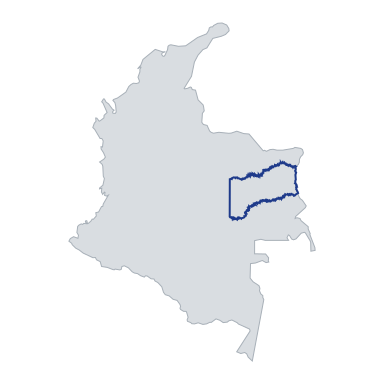 location of Cumaribo, Vichada, Colombia
{"feature_id": "7082276B31805828490385", "entity_name": "Cumaribo", "entity_type": "district", "adm_level": 2, "iso_a3": "COL", "parent_name": "Colombia", "parent_adm1": "Vichada", "projection": "orthographic", "projection_center": [-69.558, 4.15], "detail": "fine", "context": "in_parent", "style": "outline", "palette": "blue", "viewbox_px": 384, "rotation_deg": 0, "n_neighbors": 0, "source": "geoboundaries", "source_scale": "gbopen_adm2", "svg_char_len": 9576}
<svg xmlns="http://www.w3.org/2000/svg" viewBox="0 0 384 384"><path d="M225.5,34.5L221.2,36.3L212.8,38.4L206.9,47.9L202.9,49.6L198.0,55.2L194.4,62.1L191.5,76.3L184.1,88.3L184.7,88.9L187.6,88.3L190.3,87.0L191.3,87.4L192.3,89.6L195.5,90.1L198.1,99.9L203.1,104.9L203.6,106.8L204.2,110.9L202.4,113.3L201.8,122.3L203.4,124.5L207.1,125.4L209.6,131.0L211.1,132.3L213.4,133.2L218.9,132.3L228.8,133.3L231.2,133.1L236.8,131.2L243.8,133.6L249.0,134.0L263.2,150.8L264.6,150.3L266.4,151.3L270.0,149.6L273.1,149.3L277.2,150.2L282.5,150.2L293.3,148.4L294.9,147.4L300.8,148.4L302.5,149.6L303.4,152.8L302.7,154.7L300.7,156.7L299.5,159.2L299.3,162.3L298.3,164.5L296.4,166.0L295.7,168.2L296.1,171.0L295.1,183.7L295.9,184.7L296.6,190.0L299.0,196.7L300.2,198.7L302.4,200.3L306.2,205.9L305.3,207.7L295.6,216.5L295.1,218.5L296.9,217.7L300.0,218.5L301.0,220.6L308.2,226.7L308.2,229.0L310.2,233.6L309.9,234.6L314.9,247.7L315.1,250.4L310.9,251.2L310.7,242.4L310.1,240.7L305.4,232.9L304.4,232.3L301.2,233.2L296.0,238.9L293.5,239.8L291.6,239.0L289.6,235.6L288.3,234.9L287.0,237.8L288.6,240.4L265.4,240.4L260.9,239.3L254.6,240.6L254.6,253.8L265.6,254.0L268.6,257.8L268.3,260.9L268.8,262.0L266.1,262.6L262.3,260.5L255.5,263.0L250.5,263.6L250.1,278.1L253.1,281.8L259.0,285.7L259.9,288.3L259.5,290.8L260.8,293.9L262.8,295.6L262.8,297.5L263.8,299.6L252.3,361.0L248.2,357.2L246.7,353.8L244.7,352.5L240.8,353.5L236.7,351.8L250.1,331.0L249.6,329.1L238.4,324.0L237.2,322.7L231.9,320.0L228.9,320.8L227.3,322.1L223.2,322.6L219.9,320.3L216.0,318.9L211.3,322.4L209.8,322.3L206.5,323.9L202.9,324.4L198.2,322.8L194.5,323.9L191.8,323.7L190.8,322.6L187.5,321.3L187.1,319.9L188.1,317.3L186.6,312.2L186.1,311.4L183.5,311.3L180.5,309.4L180.0,308.3L180.6,306.3L180.0,304.5L177.1,300.4L173.1,299.3L169.2,295.9L165.3,294.7L163.5,292.3L161.8,286.8L157.8,282.5L155.0,281.0L154.0,279.0L151.1,278.8L147.2,276.0L145.5,275.8L144.3,277.1L140.6,275.7L137.5,273.6L134.3,273.0L132.2,271.8L128.4,267.8L124.3,265.8L121.9,266.5L121.2,269.4L119.8,269.9L115.1,269.1L114.3,269.8L113.0,269.6L107.3,267.4L101.6,266.5L100.2,261.6L96.5,259.8L95.4,257.5L92.9,257.7L83.2,253.1L79.2,250.0L75.8,248.2L72.2,244.7L71.7,243.3L68.9,241.2L70.3,238.6L73.6,236.7L77.9,238.3L78.5,235.2L76.9,232.5L77.7,226.4L78.9,225.1L81.2,223.9L82.7,224.4L83.7,223.4L87.2,223.8L88.3,223.4L91.0,221.0L92.2,219.1L93.4,219.3L96.3,216.0L95.8,212.7L98.6,212.0L101.5,206.6L102.7,206.5L103.3,203.9L108.4,195.1L106.6,196.1L104.6,195.4L105.0,192.4L104.4,192.1L102.7,194.4L101.4,192.0L101.8,188.2L99.5,188.9L99.6,188.0L102.9,185.2L104.4,178.6L103.3,176.2L102.8,166.3L102.2,164.4L99.6,162.0L103.8,159.2L105.4,157.1L103.5,152.7L101.1,149.0L101.0,146.7L102.5,147.0L103.2,140.9L101.8,138.5L100.1,138.5L94.7,129.4L92.8,127.5L94.3,123.2L96.0,121.3L95.7,118.0L96.8,118.1L99.2,121.2L100.2,120.7L103.9,117.9L104.1,115.3L107.1,112.5L103.1,103.3L101.7,101.8L103.5,98.9L104.4,99.0L106.0,102.0L108.6,103.9L112.4,109.1L114.1,110.2L112.8,111.4L112.6,112.6L113.1,113.3L115.3,113.4L116.2,112.0L115.7,105.8L114.9,102.6L112.9,100.4L113.5,99.5L117.5,98.0L125.9,92.1L128.8,86.5L131.0,84.5L133.4,83.2L136.4,83.5L138.8,82.8L139.5,81.1L138.0,77.2L139.9,71.9L139.9,69.2L141.0,67.6L140.7,66.9L137.6,68.8L140.8,65.1L143.0,59.4L155.2,49.4L162.9,51.9L165.4,51.7L162.1,53.0L161.6,54.4L162.7,56.0L163.9,56.4L164.9,55.4L167.6,49.6L168.0,46.3L169.2,45.2L170.9,44.8L178.5,46.3L185.7,45.8L197.6,37.5L206.5,33.9L208.7,30.5L209.3,27.9L210.9,26.9L212.6,26.9L213.6,25.5L217.7,23.3L222.1,23.0L226.7,25.0L228.8,28.5L229.1,30.8L225.5,34.5ZM87.3,222.8L86.8,223.2L85.7,222.4L85.4,221.4L86.0,220.6L86.9,220.9L87.3,222.8Z" fill="#d9dde1" stroke="#a8b0b8" stroke-width="1"/><path d="M247.6,176.1L247.4,176.1L247.3,176.7L246.9,176.9L246.9,177.2L246.4,177.1L245.9,177.7L245.7,177.7L245.5,178.0L245.3,177.8L245.0,178.0L245.0,178.4L244.7,178.5L244.6,178.8L244.1,178.8L243.9,178.6L243.1,178.4L242.9,178.9L242.6,178.9L242.7,179.3L242.0,179.6L241.7,179.2L241.4,179.5L241.1,179.2L240.3,179.1L239.1,178.4L237.7,178.3L237.6,177.6L237.3,177.4L236.9,177.6L236.1,177.4L235.4,178.1L234.8,177.5L233.4,177.4L232.6,178.0L232.2,178.0L231.9,178.2L232.0,178.7L231.8,179.1L231.1,178.8L229.8,179.2L229.7,216.7L230.1,217.3L230.7,217.5L231.0,217.3L231.5,217.8L232.2,217.6L232.3,218.1L232.0,218.4L232.3,218.7L232.6,218.7L232.8,218.1L232.5,217.6L232.5,217.3L233.1,217.4L233.3,218.2L233.6,218.6L233.9,218.4L233.6,217.7L233.8,217.5L234.2,217.9L233.9,218.9L234.9,218.2L235.4,218.5L235.3,218.9L235.0,219.1L236.2,219.0L236.9,218.5L236.9,219.4L237.2,219.7L237.7,218.9L238.2,218.8L238.6,218.4L238.6,218.0L238.1,217.5L238.2,217.3L238.7,217.4L238.7,218.2L239.0,218.6L239.3,218.4L239.4,217.7L239.6,217.6L241.3,218.7L241.5,218.2L243.2,217.8L244.3,217.3L244.5,216.9L244.4,216.1L245.0,216.1L245.9,215.7L245.8,214.5L245.4,213.7L246.4,213.6L246.0,213.0L245.2,212.9L245.1,212.6L245.9,212.4L245.7,211.8L246.3,211.4L246.6,210.7L247.4,210.8L247.2,210.2L247.4,210.2L247.7,210.8L248.2,210.7L248.4,210.4L248.0,209.9L248.0,209.6L248.4,209.7L248.6,210.5L249.0,210.3L248.9,209.4L248.4,209.1L248.4,208.6L248.8,208.4L249.2,208.7L249.4,208.4L248.1,207.3L248.9,206.9L249.0,206.2L249.3,206.5L250.0,206.5L251.1,205.9L251.3,206.1L251.3,206.6L251.5,206.8L252.7,206.3L252.8,205.9L252.4,205.5L252.4,205.1L253.3,205.3L253.6,205.7L254.2,205.4L254.4,204.6L253.7,203.9L253.7,203.5L254.2,203.5L254.6,204.4L255.3,204.7L254.7,203.6L254.8,203.2L255.3,203.1L255.3,203.9L255.6,204.0L255.9,203.8L255.9,203.2L256.1,202.9L257.0,203.3L257.4,203.2L257.3,202.8L256.8,202.7L256.9,202.4L257.5,202.6L257.7,203.4L258.4,202.5L259.1,202.8L259.5,202.3L259.9,202.8L260.2,201.9L260.1,201.1L260.3,200.8L260.2,200.6L259.8,200.7L261.6,200.6L261.9,201.1L262.2,200.2L262.7,200.0L263.0,200.1L263.3,200.8L263.6,200.9L264.0,200.4L264.4,200.8L265.7,199.8L266.0,200.2L265.7,201.1L266.0,201.3L266.4,200.5L266.1,199.9L266.2,199.6L266.9,199.8L267.1,200.7L267.4,200.6L267.7,200.1L267.9,200.2L267.8,200.8L268.5,200.7L268.1,201.5L268.8,201.3L269.4,200.6L269.8,201.4L270.1,201.4L270.3,201.0L270.7,201.4L272.0,200.3L273.1,200.5L273.2,200.1L272.9,199.5L273.1,199.3L273.4,199.5L273.4,200.4L273.8,200.5L274.6,200.0L275.2,200.7L275.4,200.5L274.9,199.7L274.9,199.3L275.2,199.2L275.7,199.7L276.0,199.7L276.4,199.4L276.6,198.7L276.9,198.4L277.8,198.8L278.6,198.6L279.0,198.9L279.1,198.6L278.4,198.2L278.5,197.8L278.9,198.0L279.3,198.6L279.9,198.4L280.2,198.6L280.5,198.3L281.0,198.8L281.0,198.5L280.6,198.1L280.6,197.7L280.9,197.7L281.8,198.5L282.0,198.2L281.8,197.6L282.5,197.0L283.2,197.3L283.1,196.4L283.4,196.4L283.8,197.1L284.2,197.1L284.2,196.6L283.5,196.1L283.3,195.7L283.6,195.5L284.4,195.8L285.1,195.6L285.2,195.3L285.0,194.9L285.2,194.2L285.8,194.5L287.4,194.5L288.0,194.9L288.0,194.1L288.6,194.3L289.5,194.0L289.7,194.4L289.5,195.1L289.9,195.2L290.2,194.5L290.6,194.4L290.6,195.3L291.3,193.8L291.5,193.8L291.7,194.5L292.3,194.4L292.9,194.8L293.4,194.7L293.9,195.8L294.7,195.6L296.0,194.3L298.1,193.1L297.5,191.4L296.9,190.7L296.7,189.8L296.2,189.2L296.4,188.4L296.1,187.3L297.0,186.9L296.6,186.0L296.7,185.5L296.2,185.1L296.4,184.5L296.2,184.2L295.0,183.3L295.4,182.7L295.3,180.9L295.8,179.6L295.4,174.8L296.1,172.6L295.7,172.3L295.7,171.9L295.1,170.9L295.7,169.7L295.7,168.5L295.2,168.1L295.2,167.5L295.9,166.7L295.2,166.6L295.1,166.0L293.9,166.3L293.8,166.7L293.5,166.7L293.0,167.5L292.4,166.3L291.7,166.4L290.8,165.7L290.9,166.3L290.3,166.0L290.2,164.8L289.6,164.8L290.0,165.3L289.5,165.4L289.1,164.9L288.0,164.9L288.0,165.1L288.6,165.5L288.3,165.8L287.6,164.8L287.2,164.8L286.9,164.2L286.6,164.2L286.7,165.0L286.3,165.0L286.0,164.7L285.9,164.1L285.4,164.0L285.5,163.4L284.5,163.2L284.3,162.6L283.7,163.1L283.4,162.7L282.7,163.0L282.5,162.2L282.2,162.5L281.6,162.5L281.4,162.9L281.7,163.2L281.6,163.4L281.2,163.4L280.8,162.7L280.8,163.0L280.3,163.3L279.4,163.3L279.2,164.5L278.3,163.8L278.5,164.1L278.1,164.4L278.1,164.8L277.8,164.5L277.7,164.9L277.1,165.1L277.2,165.4L276.9,165.7L276.7,165.4L276.5,165.5L276.2,165.2L275.9,165.5L275.6,165.2L275.3,165.4L275.0,165.2L275.0,165.9L274.6,165.7L274.1,165.7L274.4,165.8L273.8,166.6L273.5,166.5L273.4,166.9L272.9,166.5L272.8,166.9L272.5,167.1L272.2,167.0L271.8,167.5L271.4,167.0L271.0,167.3L270.7,167.4L270.7,167.1L270.4,167.4L270.1,167.3L270.0,167.6L270.6,167.6L270.9,168.0L270.0,168.1L270.0,168.6L269.3,168.5L269.0,168.7L269.6,169.0L268.8,169.3L268.8,169.6L269.0,169.7L268.9,170.2L268.4,170.1L268.1,169.7L267.9,170.1L267.7,169.8L267.0,169.9L266.4,169.8L266.1,170.3L266.0,170.1L265.6,170.4L265.5,170.0L265.0,170.2L265.1,169.8L264.0,170.2L263.8,169.8L263.3,169.9L263.3,170.8L263.6,170.8L263.3,171.5L263.6,171.6L263.3,172.1L263.3,172.8L263.0,172.8L263.1,173.0L262.7,173.3L262.7,173.0L262.5,173.4L262.3,173.6L261.8,173.6L262.0,174.1L261.1,174.2L261.4,174.8L261.1,174.7L260.8,175.1L260.4,175.1L260.4,175.4L260.0,175.2L259.9,175.3L260.0,175.4L259.4,175.3L259.4,175.6L258.7,174.6L258.7,175.3L258.2,175.2L258.1,175.4L258.4,175.4L258.4,175.9L258.0,176.0L258.1,175.8L257.9,175.7L258.0,176.2L257.5,175.6L257.3,175.7L257.5,176.1L257.0,175.8L257.0,176.2L256.5,176.1L256.5,175.9L255.7,176.0L255.4,175.3L255.4,174.8L255.1,174.4L254.9,174.5L254.5,174.3L254.3,174.8L254.2,174.4L253.9,174.5L253.9,174.0L253.5,174.3L253.4,174.2L253.4,174.5L253.2,174.4L253.1,174.8L253.0,174.6L252.7,174.8L252.5,174.5L252.5,174.9L252.2,174.7L252.3,174.9L252.0,174.9L252.0,175.3L251.8,174.9L251.7,175.2L251.2,175.3L250.8,174.9L250.9,175.4L250.7,175.1L250.3,175.1L250.3,175.4L249.9,175.3L249.9,175.8L249.6,175.4L249.6,175.9L249.3,175.7L249.1,176.0L249.0,175.7L248.9,175.9L248.7,175.8L248.4,176.0L248.3,175.7L248.0,176.0L247.9,175.6L247.8,175.9L247.5,175.8L247.6,176.1Z" fill="none" stroke="#1e3a8a" stroke-width="2"/></svg>